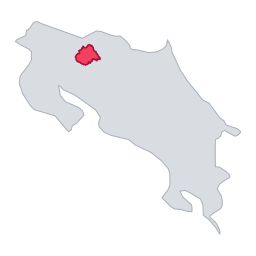 location of Guatuso, Alajuela, Costa Rica
{"feature_id": "36466004B87915732060573", "entity_name": "Guatuso", "entity_type": "district", "adm_level": 2, "iso_a3": "CRI", "parent_name": "Costa Rica", "parent_adm1": "Alajuela", "projection": "albers", "projection_center": [-84.82, 10.704], "detail": "fine", "context": "in_parent", "style": "filled", "palette": "rose", "viewbox_px": 256, "rotation_deg": 0, "n_neighbors": 0, "source": "geoboundaries", "source_scale": "gbopen_adm2", "svg_char_len": 4937}
<svg xmlns="http://www.w3.org/2000/svg" viewBox="0 0 256 256"><path d="M240.6,131.4L240.3,132.6L239.1,134.0L237.5,135.3L235.2,136.2L229.9,133.5L224.6,130.4L221.7,131.9L220.7,136.0L218.7,138.0L216.3,138.9L215.3,140.2L215.2,153.9L215.4,166.8L219.4,167.1L226.1,171.6L228.9,174.2L229.9,176.6L229.1,177.8L224.2,180.7L219.5,184.2L217.2,188.7L221.3,195.9L222.3,200.7L222.1,205.8L221.0,208.3L211.9,214.2L209.8,216.3L210.1,217.7L215.2,221.8L217.7,225.7L219.7,230.4L220.0,234.4L215.3,226.9L208.9,219.7L203.3,215.2L202.9,204.8L200.6,199.2L192.2,194.0L185.1,190.4L179.8,191.2L183.0,197.2L191.5,204.8L192.0,207.7L191.9,211.7L186.2,211.1L181.1,209.5L174.8,209.0L170.7,206.7L161.9,197.6L168.1,189.7L170.0,184.6L169.8,173.9L168.4,168.8L161.6,160.9L150.9,152.4L135.8,145.3L128.8,139.7L111.2,135.4L104.5,132.5L99.3,127.1L98.5,123.3L100.4,117.4L95.5,109.8L74.6,95.0L63.0,89.6L60.5,86.4L58.6,85.4L60.4,95.6L65.5,101.8L78.8,107.5L82.5,110.9L84.0,115.2L76.2,123.5L72.3,125.6L71.1,130.2L68.6,131.6L65.9,128.9L55.1,115.9L34.2,109.6L30.4,105.7L22.7,93.8L19.1,82.9L20.4,75.6L29.1,64.3L31.7,59.4L31.2,56.4L31.5,51.9L28.3,48.8L20.4,44.7L15.4,41.4L16.7,39.8L25.8,35.5L26.4,31.5L26.4,30.2L27.9,30.0L29.2,28.9L30.0,27.8L32.5,24.0L34.7,21.9L37.2,21.6L40.2,23.1L51.6,27.3L64.3,31.8L82.4,38.3L90.0,34.2L96.4,31.0L100.9,31.4L110.6,35.1L116.5,36.3L120.1,35.9L126.3,41.3L129.7,45.4L130.3,48.1L132.2,49.5L137.1,49.9L149.0,52.6L156.2,52.0L162.8,49.1L166.4,45.6L167.5,40.1L169.2,42.8L171.2,47.1L172.1,52.5L180.7,70.9L187.6,81.2L202.6,99.8L209.1,103.2L220.1,118.2L223.9,120.7L226.1,125.1L237.5,128.7L240.6,131.4Z" fill="#d9dde1" stroke="#a8b0b8" stroke-width="1"/><path d="M99.9,57.6L99.7,57.6L99.4,57.4L99.3,57.2L99.2,57.2L99.1,56.9L98.9,56.8L98.6,56.7L98.5,56.3L98.4,56.3L98.3,56.2L98.2,56.0L97.9,55.8L97.8,55.6L97.7,55.3L97.7,55.2L97.9,55.2L97.7,54.7L97.4,54.5L97.4,54.4L97.4,54.2L97.3,53.9L96.7,53.7L96.5,53.4L96.3,53.2L96.2,52.9L96.2,52.6L96.2,52.4L96.2,52.2L96.1,51.9L95.9,51.6L95.5,51.6L95.4,51.4L95.0,51.3L94.9,51.3L94.7,51.2L94.4,51.1L94.1,50.9L94.0,50.7L93.9,50.6L93.9,50.3L93.8,50.2L93.7,50.1L93.7,49.9L93.8,49.9L93.8,49.7L93.6,49.7L93.4,49.4L93.3,48.8L93.3,48.6L93.2,48.5L93.2,48.4L93.3,48.2L93.2,48.0L93.2,47.9L93.2,47.6L92.9,47.3L92.7,47.2L92.7,46.9L92.5,46.7L92.4,46.5L92.2,46.4L92.1,46.2L91.9,46.2L91.7,46.0L91.7,45.9L91.5,46.0L91.3,45.9L91.2,46.0L91.1,45.9L90.9,45.9L90.9,45.7L90.7,45.4L90.6,45.2L90.5,45.3L90.4,45.3L90.4,45.1L90.0,45.1L89.8,45.0L89.6,44.9L89.3,44.7L89.2,44.8L88.6,44.8L88.4,45.0L88.1,45.2L87.8,45.4L87.6,45.5L87.5,45.9L87.5,46.0L87.5,46.4L87.5,46.5L87.3,46.7L87.2,46.7L87.2,46.8L86.9,46.9L86.6,47.1L86.5,47.4L86.2,47.5L86.0,47.8L85.4,47.8L85.2,47.9L84.8,47.7L84.6,47.6L84.4,47.5L84.2,47.5L84.1,47.3L83.8,47.2L83.6,46.9L83.6,46.7L83.4,46.6L83.3,46.4L83.1,46.3L82.9,46.6L83.0,46.9L83.0,47.0L82.9,47.1L82.9,47.3L82.9,47.5L82.8,47.8L82.7,47.8L82.7,48.0L82.3,48.0L82.1,48.1L81.9,48.1L82.0,48.6L82.0,48.8L81.9,48.8L81.6,48.9L81.6,49.0L81.6,49.3L81.4,49.6L81.2,49.8L81.0,50.0L80.6,49.9L80.5,50.0L80.4,50.0L79.9,50.0L79.6,50.3L79.3,50.5L79.1,50.7L79.1,50.8L79.0,51.0L78.9,51.1L78.9,51.4L79.2,51.7L79.4,51.8L79.5,52.0L79.7,52.3L79.8,52.7L79.7,52.8L79.3,52.8L79.3,53.2L79.3,53.3L79.3,53.5L79.2,53.6L78.8,53.7L78.6,53.7L78.4,53.7L78.1,53.8L77.8,53.8L77.7,53.7L77.4,54.1L77.0,54.4L76.5,54.8L76.4,55.0L76.3,55.4L76.1,55.7L76.0,55.9L75.8,56.1L75.7,56.4L75.5,56.6L75.5,56.8L75.4,57.0L75.5,57.2L75.6,57.6L75.9,57.8L76.0,57.9L76.2,58.1L76.3,58.4L76.3,58.6L76.3,58.8L76.2,59.0L76.3,59.4L76.3,59.6L76.2,59.7L76.2,60.0L76.3,60.2L76.4,60.3L76.8,60.6L77.0,60.7L77.1,60.8L77.2,61.1L77.3,61.4L77.4,61.5L77.5,61.6L78.0,61.5L78.3,61.8L78.5,61.9L78.6,62.0L78.9,62.0L79.0,62.1L79.4,62.3L79.9,62.3L80.0,62.3L80.2,62.6L80.3,62.7L80.4,62.9L80.5,62.9L80.8,62.9L81.0,63.1L81.0,63.3L81.3,63.5L81.6,63.8L81.8,63.8L82.0,63.8L82.3,63.9L82.4,64.0L82.5,64.0L82.6,63.9L82.8,64.0L83.1,64.1L83.2,64.4L83.4,64.5L83.7,64.7L83.8,64.7L84.1,64.6L84.4,64.5L84.5,64.5L84.9,64.5L85.0,64.5L85.4,64.7L85.5,64.9L85.6,65.0L85.7,64.9L86.0,64.8L86.2,64.7L86.6,64.5L86.8,64.4L87.1,64.4L87.3,64.3L87.6,64.2L87.8,64.1L87.9,63.9L88.3,63.7L88.6,63.4L88.7,63.2L88.5,62.8L88.5,62.6L88.4,62.6L88.3,62.2L88.5,62.0L88.9,62.1L89.1,62.3L89.3,62.5L89.5,62.5L89.5,62.9L89.6,63.0L89.9,63.0L90.1,63.1L90.2,62.9L90.5,62.7L90.4,62.5L90.5,62.4L90.6,62.0L90.8,61.8L91.5,61.5L91.5,61.4L91.7,61.2L91.8,61.2L91.6,60.9L91.8,60.7L92.0,60.6L92.4,60.2L92.4,59.9L92.2,59.8L92.2,59.7L92.4,59.6L92.3,59.3L92.9,59.3L92.8,58.8L93.2,58.8L93.3,58.9L93.4,59.0L93.5,59.0L93.8,59.2L94.2,59.2L94.4,59.3L94.6,59.4L94.6,59.5L94.9,59.4L95.1,59.4L95.3,59.3L95.5,59.4L95.7,59.5L95.8,59.5L95.9,59.8L95.8,60.0L96.4,60.3L96.5,60.4L96.5,60.6L96.8,60.6L97.0,60.6L97.1,60.3L97.1,60.0L97.1,59.9L97.4,59.6L97.6,59.2L97.7,58.8L97.8,58.8L98.0,58.9L98.2,59.0L98.4,59.1L98.6,59.3L98.8,59.3L99.1,59.2L99.3,59.2L99.3,59.3L100.0,59.3L100.0,59.1L100.0,58.7L100.1,58.4L99.9,58.2L99.9,57.8L99.9,57.6Z" fill="#f43f5e" stroke="#9f1239" stroke-width="1.5"/></svg>